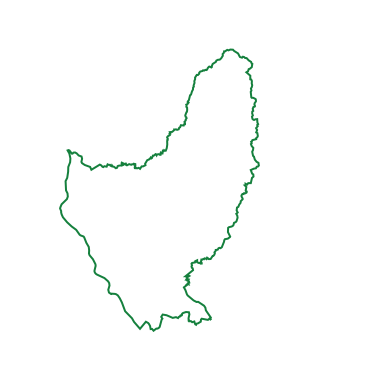 the district of Morales, Bolívar, Colombia, rotated 141°
{"feature_id": "7082276B13474155488733", "entity_name": "Morales", "entity_type": "district", "adm_level": 2, "iso_a3": "COL", "parent_name": "Colombia", "parent_adm1": "Bolívar", "projection": "robinson", "projection_center": [-74.012, 8.269], "detail": "fine", "context": "isolated", "style": "outline", "palette": "green", "viewbox_px": 384, "rotation_deg": 141, "n_neighbors": 0, "source": "geoboundaries", "source_scale": "gbopen_adm2", "svg_char_len": 6066}
<svg xmlns="http://www.w3.org/2000/svg" viewBox="0 0 384 384"><g transform="rotate(141 192 192)"><path d="M64.5,253.6L64.8,254.2L64.2,255.9L65.1,258.6L65.3,261.7L66.4,262.7L66.5,263.9L67.3,265.1L68.6,264.9L69.8,266.8L69.0,270.7L70.5,275.1L70.6,276.8L72.6,278.6L74.5,279.1L75.2,280.3L77.9,280.5L78.5,281.1L79.8,280.1L81.4,279.9L82.3,278.5L85.2,277.5L87.1,277.4L88.8,278.5L90.4,278.8L91.6,278.1L95.3,278.5L97.2,277.5L98.0,276.6L98.6,276.6L99.4,278.4L100.0,278.7L101.7,278.4L103.4,277.6L104.2,277.8L104.7,278.5L106.1,278.7L106.8,279.6L107.6,279.4L109.8,280.4L111.3,280.2L111.9,279.4L113.8,279.2L114.6,280.0L117.6,279.0L118.5,277.8L120.4,276.7L121.4,275.2L123.7,273.8L124.3,272.7L125.3,272.6L126.8,271.0L128.7,270.2L131.5,268.3L132.6,268.4L136.6,265.4L138.3,265.0L138.4,263.8L139.0,264.0L139.1,263.5L140.0,263.2L141.5,263.5L141.9,262.4L142.8,261.8L142.7,260.7L144.1,258.8L145.5,257.5L146.1,257.5L149.0,255.8L149.6,254.5L149.4,253.6L149.8,252.7L151.3,252.3L151.8,251.6L153.8,251.2L154.0,250.0L154.8,249.1L155.5,249.6L156.6,248.9L158.6,250.9L160.5,249.8L161.5,250.0L162.9,249.1L164.5,249.7L165.0,250.8L166.2,251.3L166.5,251.8L167.2,251.3L169.5,251.2L171.6,252.5L172.1,251.0L172.9,251.3L173.4,250.2L175.6,250.5L176.9,250.2L177.4,248.4L178.1,248.3L178.5,247.5L179.1,247.4L181.4,244.4L184.0,242.0L186.4,240.6L187.2,241.2L187.4,242.1L188.3,241.7L188.7,242.4L190.7,240.5L191.1,240.8L191.3,242.3L191.8,242.1L193.0,240.7L193.5,241.0L194.0,242.3L195.6,243.2L196.4,242.8L196.2,243.9L196.5,244.4L198.3,244.2L199.5,244.9L200.1,244.3L200.9,244.3L201.8,243.6L202.2,243.7L202.4,244.5L203.0,243.9L203.8,244.6L205.0,244.3L206.7,244.9L210.6,243.5L211.3,242.1L213.9,242.7L215.0,243.6L217.8,242.7L218.2,244.3L219.9,245.0L220.3,246.1L221.0,246.1L221.4,246.5L221.0,247.2L220.2,247.3L220.0,248.3L219.3,248.3L218.5,249.4L219.6,250.7L220.3,250.5L221.2,251.3L222.1,251.4L223.3,253.2L225.8,253.7L226.2,254.6L225.5,255.7L226.0,256.1L227.6,256.2L227.4,257.5L228.1,259.0L228.6,258.7L229.4,256.6L230.1,256.8L230.8,257.6L232.7,258.7L233.5,258.9L234.9,258.0L236.2,258.4L236.8,260.8L237.6,261.8L237.5,262.9L238.2,262.5L238.8,263.7L238.5,264.2L238.6,264.7L239.7,265.5L240.2,266.6L242.4,265.4L243.9,267.2L245.3,267.2L245.7,267.9L245.8,269.9L246.4,271.3L256.2,272.6L255.4,275.6L258.3,280.4L259.3,283.6L259.0,285.0L256.5,287.0L255.5,289.1L257.1,291.7L257.3,294.6L258.0,296.3L259.3,297.2L260.7,297.0L261.2,297.4L261.1,301.4L261.6,302.3L262.5,302.6L263.1,299.1L265.4,294.6L268.0,291.8L272.4,289.3L275.5,285.7L280.1,281.5L283.4,280.0L288.9,272.5L289.6,269.3L291.4,266.6L293.7,265.2L301.1,264.5L304.0,262.9L304.9,262.2L305.7,259.5L306.6,258.4L307.4,256.6L308.2,253.6L308.1,247.1L307.2,240.9L305.8,235.5L306.2,229.5L305.9,228.4L304.3,225.7L304.3,224.7L306.1,218.9L306.8,214.3L308.7,211.3L310.8,209.0L311.4,207.3L311.3,202.1L312.5,196.6L313.4,195.2L317.1,192.4L317.8,191.6L318.2,190.4L318.2,188.9L317.8,187.6L314.2,180.2L313.4,175.3L313.7,173.3L315.0,171.2L318.6,168.7L319.8,166.1L319.1,163.7L318.9,163.5L318.6,163.7L316.0,161.3L315.3,160.3L314.7,158.3L315.0,154.9L316.0,150.3L319.0,141.4L318.1,131.6L318.8,127.5L318.5,118.4L309.5,120.2L308.5,117.7L308.5,116.6L308.9,114.3L310.4,111.5L309.2,110.7L309.2,108.4L305.7,108.3L304.7,107.5L303.3,107.3L302.0,107.5L295.8,112.0L294.7,112.2L294.5,114.3L291.9,115.2L289.3,112.2L286.2,106.3L283.2,104.8L282.2,102.8L280.8,103.2L279.8,102.8L278.9,103.3L278.3,103.2L278.0,102.6L277.4,102.6L276.3,103.6L275.1,103.6L272.2,102.5L270.1,100.5L271.0,98.6L274.1,96.1L274.9,95.0L275.0,94.0L275.7,93.9L275.7,93.4L274.1,92.3L273.8,90.7L271.7,89.9L272.6,87.8L272.7,87.0L272.4,86.3L271.5,86.9L270.2,86.2L266.8,85.7L265.3,87.2L264.2,87.4L260.1,82.6L257.8,82.6L257.9,81.4L257.4,81.4L257.3,82.7L256.4,82.7L255.7,91.3L254.4,93.7L254.2,96.0L256.3,102.7L257.7,103.7L259.0,106.7L260.5,114.4L260.3,115.8L258.9,119.7L258.3,123.0L254.8,122.9L254.9,123.3L254.0,123.4L253.4,123.4L252.8,122.5L252.5,123.5L251.2,123.2L250.7,124.3L251.1,124.7L250.7,125.2L251.1,125.8L249.6,126.2L250.0,126.8L251.1,126.4L251.5,127.0L250.8,126.9L251.0,127.7L250.4,127.7L249.7,128.4L249.8,129.3L248.8,129.4L248.1,128.5L246.9,128.4L247.2,129.2L248.0,129.1L249.9,130.6L239.7,130.6L240.1,130.8L239.5,132.4L239.8,133.2L239.1,134.6L238.2,134.9L237.5,136.6L236.6,136.8L234.0,135.4L233.1,136.2L231.0,135.7L232.2,134.2L231.4,132.6L230.8,132.3L230.3,130.8L229.5,130.3L229.1,130.8L228.9,132.2L227.2,133.6L226.5,132.9L225.4,132.9L224.9,132.2L224.0,132.5L223.3,131.7L223.0,130.8L221.6,131.5L221.3,130.8L221.6,130.2L221.3,129.4L219.7,128.2L216.2,129.3L215.7,128.9L214.1,129.2L212.7,130.1L212.5,131.0L210.5,131.4L210.0,132.0L208.4,131.0L206.8,131.6L205.9,131.4L205.2,130.4L203.6,130.3L198.4,133.2L197.3,134.2L196.1,134.6L193.5,133.2L190.8,133.1L190.4,133.3L189.3,138.2L186.5,141.4L185.4,141.4L182.9,140.2L181.4,140.0L180.8,140.1L178.7,141.6L177.0,141.1L175.8,141.3L172.8,143.3L171.7,145.1L171.3,147.2L169.4,147.3L168.9,149.6L166.8,151.6L165.4,151.3L163.2,152.5L161.1,153.0L159.9,154.2L157.2,154.5L156.8,155.0L156.3,157.4L155.7,158.2L154.0,158.7L153.2,157.9L152.2,158.3L151.6,157.5L150.2,157.2L149.5,157.5L149.2,157.9L149.6,158.4L149.5,159.2L146.6,161.7L146.8,163.9L146.1,163.5L145.2,164.7L144.5,163.1L142.7,163.5L140.7,161.9L136.5,165.2L134.5,165.3L133.3,167.1L133.7,168.4L132.5,172.1L129.2,171.2L127.4,170.2L125.8,170.9L124.7,170.3L123.4,170.5L122.0,172.9L122.8,174.8L122.8,177.6L121.6,180.5L121.8,181.7L119.9,185.4L118.2,186.2L116.6,187.7L116.7,190.1L116.0,192.2L114.8,192.4L114.4,193.8L113.6,193.7L112.4,194.3L108.9,192.7L108.5,193.4L106.8,193.5L105.6,194.1L104.1,196.7L104.6,197.9L102.4,199.2L102.0,201.3L99.5,201.8L99.2,203.0L97.9,203.1L97.5,204.8L95.5,207.6L97.0,208.6L98.4,208.9L98.8,209.5L99.0,210.7L98.0,212.8L96.5,213.2L95.8,215.2L94.5,216.6L93.4,216.5L92.4,218.5L90.7,219.4L89.6,218.9L89.0,219.1L88.3,220.9L87.4,221.6L85.3,222.2L84.5,223.2L84.1,224.1L84.3,224.7L85.1,226.6L86.3,227.6L86.3,228.3L83.3,232.9L82.0,233.4L81.1,235.3L79.5,235.9L78.0,237.1L77.3,238.7L75.6,240.6L75.2,242.1L75.8,242.9L73.5,245.7L74.4,250.8L72.4,250.6L70.6,251.8L69.7,251.4L67.0,251.4L64.5,253.6Z" fill="none" stroke="#15803d" stroke-width="2"/></g></svg>